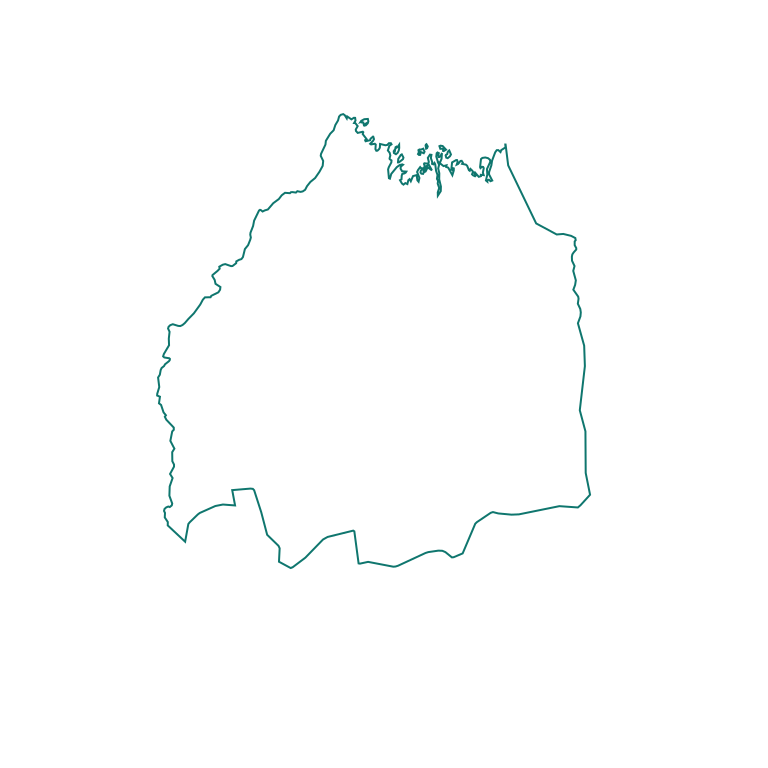 outline of Norrbotten, rotated 226°
{"feature_id": "SWE-190", "entity_name": "Norrbotten", "entity_type": "County", "adm_level": 1, "iso_a3": "SWE", "parent_name": "Sweden", "parent_adm1": "", "projection": "orthographic", "projection_center": [22.14, 67.052], "detail": "fine", "context": "isolated", "style": "outline", "palette": "teal", "viewbox_px": 768, "rotation_deg": 226, "n_neighbors": 0, "source": "natural_earth", "source_scale": "10m", "svg_char_len": 6163}
<svg xmlns="http://www.w3.org/2000/svg" viewBox="0 0 768 768"><g transform="rotate(226 384 384)"><path d="M397.8,216.8L399.7,216.8L401.6,215.2L413.1,201.1L400.1,192.5L409.2,184.4L413.4,177.9L419.2,161.9L419.5,159.5L419.5,148.2L419.2,146.0L408.7,131.4L432.5,130.2L434.9,132.6L440.3,133.6L443.4,136.9L445.5,137.6L446.6,139.4L446.5,141.7L445.7,143.7L444.3,144.4L444.1,147.0L445.1,148.6L452.7,152.0L459.2,158.7L463.2,166.6L467.9,167.6L470.4,175.5L471.9,177.0L475.5,178.1L482.1,184.3L483.1,188.3L491.5,190.8L497.0,198.7L497.1,201.0L498.7,202.5L509.5,202.6L512.7,203.6L513.0,205.4L516.7,205.7L523.8,209.1L526.4,208.7L530.5,214.0L533.3,212.8L534.5,214.1L537.9,220.2L545.6,226.0L546.4,229.2L549.2,233.1L550.0,235.2L549.7,238.2L550.3,240.2L549.8,245.2L550.0,246.4L550.7,247.4L551.7,247.4L555.7,244.4L557.3,244.3L558.5,246.5L561.2,256.3L566.1,260.7L570.5,266.0L573.9,267.2L574.8,268.8L574.8,271.1L573.7,273.6L568.8,276.3L567.2,277.7L566.4,280.0L566.2,283.0L566.7,288.7L566.9,296.3L568.8,307.0L570.5,312.3L570.7,315.4L566.9,319.5L567.4,321.1L565.0,328.5L565.7,331.6L567.4,333.7L573.1,332.4L576.5,334.5L580.9,335.5L581.5,336.4L581.0,342.9L581.1,345.9L582.8,347.0L581.8,350.9L580.5,353.1L575.0,355.9L574.1,357.0L573.6,361.6L574.8,362.9L574.0,366.0L572.9,368.2L573.3,370.7L577.7,377.7L578.3,382.7L580.7,388.0L581.9,390.0L584.3,391.5L585.6,393.1L588.6,399.6L591.7,404.0L595.6,414.6L595.4,415.8L594.7,416.2L592.4,416.5L591.7,418.8L590.2,421.7L591.0,429.9L590.1,436.9L590.8,441.5L590.3,445.6L586.6,448.9L586.6,450.3L585.6,451.5L582.9,453.6L582.9,455.6L580.2,457.4L579.0,459.3L578.5,462.2L579.8,466.1L580.5,471.4L580.0,477.5L581.5,485.0L583.5,491.4L586.7,495.2L592.1,497.0L593.3,498.6L596.9,508.2L599.3,511.1L601.4,519.2L601.5,524.0L604.1,528.9L605.5,534.0L607.6,537.5L607.7,539.8L606.5,542.1L604.7,542.5L600.9,541.7L602.0,543.4L597.0,544.4L596.4,547.3L595.5,548.1L593.3,546.5L592.5,543.8L591.6,544.6L587.8,544.2L586.7,540.5L585.5,539.6L582.9,539.5L580.2,544.0L579.5,544.0L578.6,542.3L572.2,541.6L572.5,539.8L571.4,539.4L569.0,543.4L569.8,544.7L569.6,548.0L569.4,548.1L567.1,546.9L566.5,545.0L566.4,540.9L565.3,541.1L563.2,544.3L562.0,544.4L558.9,541.0L557.1,540.5L556.4,541.4L556.4,543.7L556.9,545.2L559.4,547.9L554.7,550.9L553.7,552.4L553.8,554.8L552.5,556.2L551.2,555.9L551.6,553.3L549.3,549.0L546.4,548.7L544.0,547.3L542.4,544.7L541.7,544.3L539.6,544.7L538.3,543.2L536.6,538.0L535.5,536.0L528.6,530.5L527.6,530.9L530.1,535.2L531.1,543.8L530.6,547.4L529.3,549.7L528.5,550.0L528.7,547.1L527.4,545.5L524.4,544.8L521.3,547.6L521.0,546.4L521.3,545.0L522.4,543.1L521.6,541.5L519.1,538.8L519.5,537.1L515.7,536.2L513.9,536.5L513.7,538.9L511.6,539.7L513.7,543.1L513.6,544.7L511.2,544.1L513.4,549.3L511.6,552.6L507.3,549.5L505.5,549.4L507.6,552.6L513.5,555.1L514.3,557.1L514.9,560.7L513.6,560.6L512.3,561.6L511.8,558.5L510.7,557.1L509.3,557.0L508.0,558.1L508.6,559.6L508.0,561.6L509.5,565.9L504.4,566.9L510.3,568.5L511.3,565.9L509.5,561.6L509.9,560.5L510.7,561.1L512.0,563.4L511.6,564.2L514.5,565.6L514.7,566.4L512.4,568.3L512.0,569.4L512.6,570.5L516.2,572.6L517.1,576.4L515.9,577.3L514.0,574.7L510.2,572.9L509.0,571.5L507.7,572.1L508.0,573.9L506.5,573.5L501.1,569.5L497.2,567.7L494.8,564.6L492.6,564.0L490.8,561.8L486.7,559.9L484.5,555.8L482.1,553.6L483.3,558.8L486.5,562.1L492.9,565.9L497.2,570.2L501.4,572.7L503.4,575.9L505.2,576.5L503.8,577.6L499.4,578.2L497.9,580.9L497.0,579.5L495.0,580.5L486.7,578.2L489.1,582.5L490.6,584.0L491.8,583.3L490.3,581.7L491.6,581.5L496.1,586.9L495.0,591.4L494.3,592.1L492.6,591.2L491.3,588.7L490.8,590.2L491.3,594.0L490.6,594.9L488.5,594.5L488.1,593.1L484.9,595.3L483.2,595.4L478.8,593.6L477.8,593.8L478.6,595.6L476.1,595.7L474.8,595.4L473.7,593.0L472.4,593.0L470.2,593.8L470.2,594.6L473.1,595.6L473.1,596.4L467.2,596.1L466.2,598.1L467.2,599.0L465.0,600.8L467.3,601.9L470.0,605.7L471.2,606.1L472.2,605.4L472.3,603.4L473.3,603.8L478.4,610.0L478.3,611.8L476.6,614.2L474.2,615.7L471.7,616.0L470.0,614.8L467.1,607.4L462.9,603.8L459.6,598.7L457.8,598.9L458.9,599.8L458.1,601.4L455.9,601.5L455.2,603.2L461.9,605.2L463.5,606.9L466.7,613.1L469.6,616.9L473.4,624.9L473.9,627.5L472.8,628.7L469.9,628.9L470.8,630.8L469.8,635.8L472.0,637.6L471.8,637.8L455.0,625.2L393.8,605.0L371.6,612.1L367.4,617.2L360.6,621.5L356.1,623.0L354.3,621.8L354.1,620.2L351.4,617.6L348.2,616.7L347.2,615.7L346.9,611.8L346.4,609.5L345.0,607.5L342.1,604.9L336.5,603.0L333.9,598.7L325.3,594.0L322.5,590.3L320.3,585.7L312.0,584.4L310.2,583.2L307.1,579.2L301.6,577.3L298.8,575.3L296.2,572.3L293.0,565.7L272.5,554.6L257.3,540.9L229.1,506.6L210.0,496.0L179.9,467.3L161.2,455.3L160.3,441.2L160.5,437.7L174.3,425.3L196.5,390.5L201.4,385.0L211.5,376.3L216.2,373.4L217.2,371.3L220.1,354.9L220.1,352.6L207.5,322.9L211.0,313.8L212.1,312.4L220.4,311.4L223.5,310.1L226.4,307.3L232.3,299.1L233.6,296.5L243.5,267.9L244.7,265.5L246.1,263.8L267.1,249.0L271.5,241.9L272.6,241.1L298.6,260.3L299.9,260.0L313.2,237.1L314.5,232.1L313.7,206.8L315.6,191.2L316.5,189.0L329.1,185.0L338.3,194.8L340.9,195.7L356.7,195.2L377.0,206.6L397.8,216.8ZM506.0,581.8L504.3,577.9L506.4,577.1L511.3,579.6L513.4,582.2L513.4,583.3L512.0,583.8L510.7,581.8L509.2,581.0L508.8,581.5L508.8,583.1L509.6,585.4L509.3,585.5L506.0,581.8ZM588.8,549.2L589.1,550.4L588.2,553.7L585.9,556.5L583.8,555.2L582.8,553.4L582.7,550.7L583.1,550.0L584.0,551.5L584.4,549.5L586.5,550.8L587.6,549.7L588.3,550.5L588.8,549.2ZM544.1,553.8L546.3,556.8L546.1,557.7L545.2,557.4L545.0,558.2L545.6,561.1L543.2,558.9L541.7,556.8L540.8,554.3L541.0,552.2L543.3,551.6L544.7,552.7L544.9,553.7L544.1,553.8ZM533.4,555.3L532.6,554.0L532.6,553.2L533.1,548.6L533.7,548.0L536.0,550.6L537.1,555.2L536.8,556.3L533.4,555.3ZM502.6,591.6L502.0,589.6L502.2,586.7L503.6,586.0L505.6,587.1L505.8,587.8L505.4,589.1L506.5,590.8L506.8,592.4L506.7,593.2L502.6,591.6ZM514.1,587.9L516.6,589.1L516.2,590.2L514.4,591.5L509.5,591.4L510.1,588.7L510.7,588.4L512.1,590.0L514.1,587.9ZM522.4,572.9L527.5,570.7L528.3,571.2L528.1,572.4L526.9,573.5L526.0,575.7L522.9,574.5L522.4,572.9ZM524.0,577.8L526.7,579.6L527.1,580.4L527.0,581.1L524.5,580.5L523.7,578.8L524.0,577.8ZM524.5,570.5L523.7,569.2L524.4,568.3L525.8,568.2L526.4,569.8L524.5,570.5Z" fill="none" stroke="#0f766e" stroke-width="2"/></g></svg>